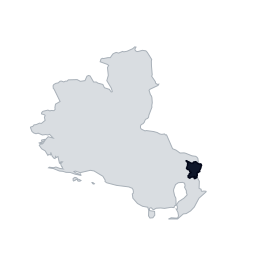 Venezuela, with Táchira highlighted, rotated 197°
{"feature_id": "VEN-28", "entity_name": "Táchira", "entity_type": "State", "adm_level": 1, "iso_a3": "VEN", "parent_name": "Venezuela", "parent_adm1": "", "projection": "albers", "projection_center": [-71.957, 7.987], "detail": "fine", "context": "in_parent", "style": "filled", "palette": "ink", "viewbox_px": 256, "rotation_deg": 197, "n_neighbors": 0, "source": "natural_earth", "source_scale": "10m", "svg_char_len": 5584}
<svg xmlns="http://www.w3.org/2000/svg" viewBox="0 0 256 256"><g transform="rotate(197 128 128)"><path d="M218.8,96.6L221.4,99.9L221.2,100.7L219.6,101.5L218.8,103.5L216.8,104.4L214.0,106.8L212.2,107.0L209.5,111.0L211.1,113.9L210.8,115.5L211.5,116.2L214.8,116.2L215.1,117.0L214.7,118.3L214.2,119.1L209.8,121.7L207.6,121.5L206.7,122.3L203.9,122.9L203.1,124.4L203.9,126.3L204.3,129.6L200.7,133.5L210.0,143.5L211.0,144.0L212.0,146.4L211.7,147.8L210.2,149.5L207.9,150.8L206.6,152.9L205.3,153.4L202.8,153.3L201.6,154.5L200.1,154.9L199.1,156.6L190.8,159.4L187.2,158.7L183.0,160.7L182.4,165.5L181.1,166.7L179.5,166.7L174.3,161.9L171.7,162.7L169.9,162.1L164.8,162.3L162.3,159.6L157.0,159.5L154.9,157.7L154.0,157.7L153.6,158.3L155.7,161.3L162.1,167.1L162.2,172.5L165.3,179.8L164.8,182.2L166.5,182.8L174.0,183.2L174.0,185.9L173.0,187.1L171.6,187.3L167.8,189.4L165.5,190.1L164.1,194.4L162.8,195.7L161.4,196.8L158.9,196.9L155.5,199.7L154.3,199.6L151.4,201.1L146.7,205.2L145.2,207.6L144.0,207.7L144.5,205.5L143.8,204.4L142.7,203.8L141.7,203.7L140.4,204.3L136.9,206.5L133.5,207.0L131.7,206.0L125.4,200.5L125.2,198.7L123.7,194.2L120.4,186.0L120.5,184.4L115.4,180.3L114.7,178.9L112.6,178.3L111.4,178.9L111.7,177.5L118.3,171.5L118.9,170.2L116.3,166.4L114.8,165.3L114.0,164.0L112.2,159.3L111.7,155.8L111.2,155.1L111.8,146.3L111.5,144.4L112.0,142.9L113.3,141.9L114.0,140.4L114.1,138.3L114.9,136.5L116.3,135.2L116.7,133.8L116.1,131.7L114.9,130.8L110.9,130.2L109.8,130.9L102.4,132.1L98.7,132.2L95.9,131.6L93.8,131.8L91.3,133.0L90.1,132.3L89.1,132.7L79.3,121.2L75.7,120.9L70.9,119.3L67.1,120.6L65.5,120.7L58.7,120.1L54.9,120.7L53.3,120.1L52.2,119.2L50.5,115.4L47.9,114.8L46.9,113.3L47.2,107.1L48.5,105.4L48.0,102.6L47.7,101.3L44.2,97.9L42.4,91.1L40.2,90.8L39.5,89.3L38.8,89.0L37.0,89.9L35.0,90.3L34.6,89.9L39.6,81.6L41.5,71.8L43.9,67.0L47.3,63.2L50.0,62.0L54.0,55.5L62.7,52.8L60.4,54.8L55.2,56.0L54.0,56.8L54.1,59.0L55.7,62.1L58.3,64.6L57.1,64.8L57.7,67.1L58.9,68.6L59.0,69.5L58.0,72.5L54.0,77.2L51.9,81.3L53.5,83.7L53.7,84.9L56.7,88.0L56.4,89.2L57.7,91.7L59.8,92.0L63.9,90.4L66.0,87.8L66.4,82.8L66.0,81.0L63.5,76.7L61.8,75.0L60.4,71.3L59.7,67.9L60.8,67.1L60.7,65.3L63.5,64.8L69.6,61.8L73.3,61.1L77.6,59.5L79.5,57.5L80.1,57.3L82.4,58.5L83.5,58.1L83.9,57.1L83.3,55.3L78.2,56.0L76.9,52.4L78.0,49.4L80.7,48.3L82.7,50.0L84.1,55.3L85.9,58.0L91.3,57.4L96.9,58.6L102.8,62.3L104.6,66.2L103.9,67.2L104.3,68.9L105.1,70.5L106.4,71.6L110.1,71.9L122.2,69.8L132.4,69.4L134.3,70.1L134.6,71.5L137.9,74.5L147.9,77.0L151.7,76.5L160.7,71.3L165.6,71.4L167.0,70.6L165.2,69.8L161.1,69.6L159.9,70.2L159.2,68.9L165.0,68.4L170.2,68.6L174.3,67.5L177.7,67.5L181.0,66.8L187.4,67.4L192.3,66.7L191.8,67.5L187.5,68.3L185.5,69.6L181.2,69.4L178.2,69.9L179.2,70.3L179.2,71.5L180.1,71.7L181.4,73.2L181.8,74.5L180.7,76.5L181.9,76.3L182.6,75.6L182.6,74.2L183.3,74.4L186.6,80.2L187.9,78.8L188.9,79.6L188.8,77.4L189.9,77.4L192.2,78.8L194.7,82.1L194.2,79.6L196.1,79.5L196.6,78.4L200.5,81.9L204.6,82.9L207.8,85.5L207.1,86.9L205.4,87.6L204.7,88.5L203.4,92.9L201.8,96.3L196.6,96.5L201.1,99.0L202.6,97.9L204.7,97.7L207.9,96.3L212.4,96.8L214.3,95.6L216.7,95.7L218.8,96.6ZM165.2,61.9L165.7,63.7L164.3,65.3L162.4,65.3L161.0,64.3L160.2,64.6L157.6,64.1L158.4,63.1L160.2,62.6L161.6,63.7L162.8,63.7L163.0,62.8L164.6,61.4L165.2,61.9ZM207.0,91.3L204.3,92.8L204.1,91.4L206.2,89.6L207.1,90.7L207.0,91.3ZM146.5,65.3L145.8,65.6L143.8,64.9L144.2,64.4L145.3,64.4L146.5,65.3ZM207.4,88.7L205.8,89.2L206.2,88.1L208.0,87.5L208.6,87.7L207.4,88.7Z" fill="#d9dde1" stroke="#a8b0b8" stroke-width="1"/><path d="M48.6,106.0L48.8,105.7L48.8,105.2L48.5,104.2L48.0,103.3L47.9,103.0L48.0,102.8L48.1,102.4L48.1,102.1L48.1,101.9L48.0,101.7L47.8,101.4L47.7,101.3L47.7,101.2L47.8,101.1L47.9,100.9L47.9,100.7L48.0,100.5L48.3,100.6L48.5,100.3L48.6,100.2L48.6,99.8L48.7,99.7L48.8,99.6L49.1,99.3L49.2,99.2L49.5,99.1L49.8,99.1L49.9,99.3L49.9,99.7L50.0,99.9L50.0,100.1L50.1,100.6L50.0,101.0L50.3,101.0L50.9,100.4L51.0,100.3L51.0,100.2L51.5,100.3L51.6,100.2L51.8,100.2L52.1,100.0L52.2,99.9L52.3,99.9L52.6,99.9L52.8,99.8L52.9,99.7L53.1,99.5L53.3,99.3L53.5,99.2L54.2,98.1L55.8,98.4L56.0,98.5L56.2,99.1L56.2,99.3L56.5,99.6L56.6,99.9L56.5,100.1L55.8,101.1L56.0,101.9L55.9,102.3L55.6,102.5L55.3,103.0L55.0,103.4L54.9,103.5L54.8,103.8L54.8,104.0L55.5,104.1L55.9,104.2L56.2,104.4L56.2,104.5L56.8,105.4L56.9,105.6L57.3,105.9L57.5,106.0L57.6,105.9L57.8,105.8L58.0,105.8L58.3,105.8L58.6,105.8L59.1,105.8L60.2,106.5L60.3,106.8L60.3,107.0L60.0,107.4L60.0,107.6L60.1,107.8L60.2,108.2L60.2,109.0L60.1,109.4L59.9,109.9L59.9,110.0L60.0,110.2L60.2,110.3L60.3,110.3L60.4,110.5L60.5,111.0L60.5,111.3L60.4,111.8L60.5,111.9L60.7,112.0L60.8,112.1L61.2,112.4L61.3,112.5L61.6,112.8L61.7,113.0L62.0,113.3L62.3,113.4L62.7,113.4L62.8,113.5L62.7,113.7L62.5,113.8L62.4,113.8L62.2,113.8L61.9,113.7L61.1,113.4L60.9,113.4L60.3,113.4L60.2,113.4L59.6,113.3L58.6,113.1L58.0,112.9L57.7,112.9L56.8,112.9L56.6,113.0L56.4,113.1L56.2,113.1L55.8,113.1L55.6,113.1L55.5,113.3L55.5,113.5L55.4,114.4L55.1,114.7L55.0,114.8L54.9,114.8L54.6,114.9L54.4,115.0L53.9,115.4L53.7,115.4L53.5,115.5L53.3,115.5L53.1,115.5L52.5,115.3L52.3,115.3L52.1,115.1L51.5,114.8L51.4,114.7L51.2,114.5L51.1,114.4L50.8,114.3L50.3,114.4L50.0,114.4L49.3,114.3L49.1,114.3L48.9,114.3L48.6,114.6L47.9,114.9L47.7,114.8L47.2,114.4L46.8,113.8L46.7,113.5L46.8,113.2L46.9,112.9L47.0,112.6L46.9,112.3L46.8,111.8L46.7,111.5L46.8,110.0L47.1,109.2L47.2,108.9L47.1,108.3L47.1,108.1L47.0,107.9L46.7,107.6L46.7,107.3L46.8,107.2L47.1,107.1L47.3,106.9L47.5,106.7L47.6,106.3L47.8,106.0L48.0,106.0L48.3,106.0L48.6,106.0Z" fill="#0f172a" stroke="#020617" stroke-width="1.5"/></g></svg>